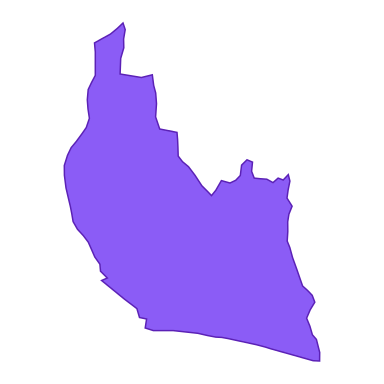 São Leopoldo, Rio Grande do Sul, Brazil
{"feature_id": "56859067B92701465953780", "entity_name": "São Leopoldo", "entity_type": "district", "adm_level": 2, "iso_a3": "BRA", "parent_name": "Brazil", "parent_adm1": "Rio Grande do Sul", "projection": "equal_earth", "projection_center": [-51.141, -29.742], "detail": "fine", "context": "isolated", "style": "filled", "palette": "violet", "viewbox_px": 384, "rotation_deg": 0, "n_neighbors": 0, "source": "geoboundaries", "source_scale": "gbopen_adm2", "svg_char_len": 1441}
<svg xmlns="http://www.w3.org/2000/svg" viewBox="0 0 384 384"><path d="M94.5,42.9L95.3,52.0L95.3,75.4L91.6,82.4L88.2,89.5L87.3,99.8L88.0,109.0L89.4,118.3L86.3,127.5L82.3,133.3L76.2,141.6L71.2,147.6L67.5,155.3L64.3,165.5L64.4,175.3L66.0,187.9L68.4,198.2L70.3,206.2L71.8,213.8L73.1,221.6L77.5,229.3L83.4,235.7L88.3,242.2L91.7,249.9L94.8,257.0L99.9,264.2L100.5,271.2L107.3,278.0L101.6,280.5L124.4,299.1L136.9,308.6L139.5,317.5L146.6,319.0L145.2,328.0L153.4,330.6L173.3,330.6L197.9,333.3L207.4,335.5L215.8,337.1L221.7,337.4L228.3,338.6L238.3,340.8L256.4,344.7L265.5,347.1L270.8,348.8L307.1,359.0L313.1,360.7L319.6,361.0L319.7,352.4L316.4,339.4L312.4,334.8L309.9,326.2L306.6,318.2L310.2,309.8L314.8,302.2L312.2,295.3L307.5,290.4L302.6,286.0L300.0,278.6L296.9,269.6L292.6,257.7L289.8,247.5L287.2,241.1L287.8,231.5L287.7,221.8L288.9,214.2L292.1,206.2L287.0,198.1L288.1,190.1L289.9,181.1L288.3,174.6L283.2,180.0L278.1,178.1L273.0,182.6L266.8,179.2L259.9,178.7L254.2,178.1L251.6,171.3L252.5,162.1L247.0,159.8L241.6,165.1L240.3,175.5L235.7,180.3L230.0,183.0L221.4,180.6L215.8,190.3L211.5,195.6L207.4,191.3L201.8,185.7L195.0,175.3L188.5,166.7L182.5,161.7L178.2,156.1L177.9,146.6L177.6,139.7L177.0,132.4L159.7,129.0L155.6,116.9L156.5,103.7L155.7,93.0L153.7,85.5L152.3,74.8L141.4,77.5L120.1,74.0L120.7,58.4L123.8,47.8L123.6,39.0L125.2,29.6L123.0,23.0L117.2,28.5L110.4,34.1L102.2,38.6L94.5,42.9Z" fill="#8b5cf6" stroke="#5b21b6" stroke-width="1.5"/></svg>